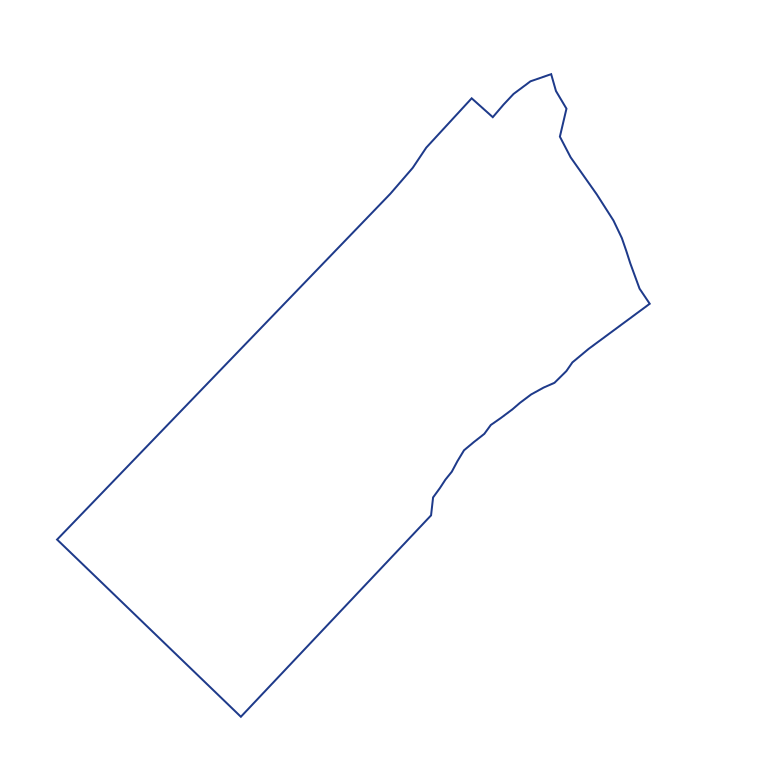 the district of Capital, Mendoza, Argentina, rotated 314°
{"feature_id": "61730980B70316540328463", "entity_name": "Capital", "entity_type": "district", "adm_level": 2, "iso_a3": "ARG", "parent_name": "Argentina", "parent_adm1": "Mendoza", "projection": "equal_earth", "projection_center": [-68.858, -32.881], "detail": "fine", "context": "isolated", "style": "outline", "palette": "blue", "viewbox_px": 768, "rotation_deg": 314, "n_neighbors": 0, "source": "geoboundaries", "source_scale": "gbopen_adm2", "svg_char_len": 668}
<svg xmlns="http://www.w3.org/2000/svg" viewBox="0 0 768 768"><g transform="rotate(314 384 384)"><path d="M708.8,324.0L714.2,304.2L723.0,289.0L703.5,279.1L682.7,275.7L668.1,275.9L651.5,276.9L650.4,248.6L583.4,250.2L559.5,254.5L525.3,256.4L45.0,256.9L45.2,512.2L322.2,509.1L336.5,498.1L348.0,496.5L357.9,494.6L368.0,493.7L379.6,490.4L391.9,487.6L404.9,489.0L417.8,490.8L428.7,489.3L440.9,491.7L455.2,494.0L465.0,494.9L478.7,497.1L492.3,501.3L503.3,505.8L520.0,506.2L530.4,504.5L551.5,506.8L626.3,519.4L630.1,501.6L641.9,477.3L648.1,465.7L654.2,453.7L661.0,435.5L668.2,405.3L676.7,360.8L684.1,338.7L708.8,324.0Z" fill="none" stroke="#1e3a8a" stroke-width="2"/></g></svg>